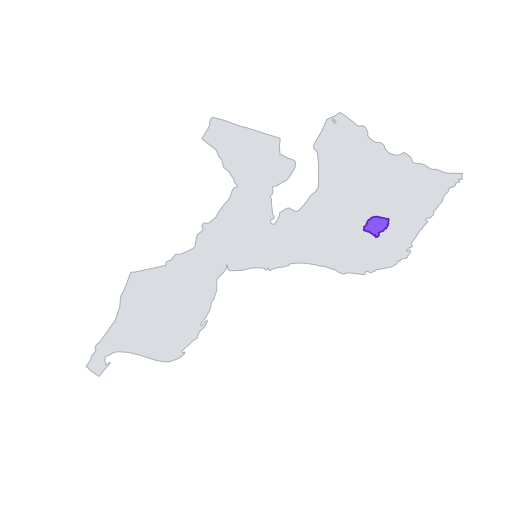 Mecuburi, Nampula, Mozambique (highlighted), rotated 38°
{"feature_id": "85939544B36345946298130", "entity_name": "Mecuburi", "entity_type": "district", "adm_level": 2, "iso_a3": "MOZ", "parent_name": "Mozambique", "parent_adm1": "Nampula", "projection": "orthographic", "projection_center": [38.95, -14.45], "detail": "fine", "context": "in_parent", "style": "filled", "palette": "violet", "viewbox_px": 512, "rotation_deg": 38, "n_neighbors": 0, "source": "geoboundaries", "source_scale": "gbopen_adm2", "svg_char_len": 7514}
<svg xmlns="http://www.w3.org/2000/svg" viewBox="0 0 512 512"><g transform="rotate(38 256 256)"><path d="M167.2,346.0L170.2,343.5L189.5,320.4L190.7,319.5L188.9,315.8L191.4,311.4L191.5,304.6L192.2,303.5L195.3,301.2L199.3,294.1L201.8,288.6L202.0,286.0L197.9,278.7L196.6,274.8L197.7,271.3L198.0,268.1L197.4,267.0L194.9,265.8L194.5,264.4L194.4,262.7L194.9,261.7L197.8,260.1L198.4,259.3L200.5,250.6L199.5,244.1L199.2,236.7L199.6,229.0L199.2,224.6L197.1,219.7L196.8,216.1L198.1,213.5L198.3,212.0L193.7,211.3L191.3,209.3L182.4,206.3L175.6,206.0L169.8,201.2L165.3,200.5L159.5,197.0L141.7,197.0L141.0,196.6L139.9,185.6L139.1,181.9L136.7,178.1L136.0,175.4L136.1,173.6L145.9,169.2L165.1,162.9L169.3,160.8L202.3,148.6L203.3,149.2L206.7,154.9L212.5,161.4L213.8,160.4L221.8,159.2L222.9,158.3L225.3,157.7L228.1,157.3L229.1,157.6L232.1,161.6L233.3,169.2L233.5,174.4L233.3,178.0L231.0,182.3L229.4,187.7L226.9,190.6L227.0,192.0L229.9,195.1L230.6,196.5L230.4,199.2L230.9,200.4L233.5,202.0L235.4,204.6L242.8,212.2L244.7,213.5L246.1,213.8L246.9,215.3L246.5,217.1L245.4,218.1L245.9,219.6L247.3,220.7L250.6,220.4L250.9,219.9L250.6,213.2L249.4,209.2L248.0,207.4L250.6,200.0L252.1,198.0L257.5,197.1L259.9,196.3L261.0,195.4L261.7,193.1L262.3,186.5L262.4,180.4L261.8,176.8L262.5,171.4L263.7,168.0L263.1,167.4L262.6,162.8L248.7,144.9L240.8,136.9L239.5,136.1L235.2,135.5L232.9,132.6L230.8,116.3L227.7,104.6L232.1,96.8L233.5,91.7L234.4,91.0L238.3,90.6L251.8,90.6L255.2,91.0L256.7,90.5L260.2,87.4L263.1,87.4L267.1,89.3L269.2,90.9L269.6,92.4L272.2,93.2L277.1,93.4L280.7,92.6L282.9,90.8L285.2,89.9L287.7,89.8L289.5,90.3L290.8,91.6L293.2,92.5L296.7,93.0L300.6,92.2L304.8,90.0L307.2,87.6L308.5,83.8L309.3,83.2L315.2,82.8L318.4,83.6L322.4,86.0L329.4,81.6L333.8,80.2L338.1,80.2L341.5,79.2L344.2,77.1L347.1,75.8L353.0,74.3L356.9,72.1L367.9,63.8L369.1,66.3L371.3,68.5L368.4,70.9L370.9,72.4L369.1,74.7L368.8,76.4L369.7,77.9L368.5,80.6L366.8,82.6L366.4,84.2L367.8,86.9L367.1,91.8L369.3,99.9L368.6,102.6L369.0,109.0L368.2,111.4L369.6,112.2L370.3,114.7L369.7,119.2L367.2,121.0L367.0,122.9L370.0,122.9L370.0,128.5L369.6,130.2L370.3,132.1L369.4,134.1L370.4,143.1L370.4,149.6L370.6,150.7L373.1,151.8L373.1,153.6L371.4,155.9L371.5,159.4L373.3,156.7L374.4,156.7L375.4,157.8L375.4,161.7L376.0,163.7L375.7,165.4L372.7,168.6L372.5,171.8L371.3,172.2L370.8,172.9L371.5,174.8L371.5,176.4L369.4,181.3L359.1,193.1L358.9,195.2L356.3,198.9L353.5,199.5L351.9,200.5L353.1,203.8L339.5,212.1L338.2,213.3L336.0,216.4L331.5,218.0L326.7,218.2L325.9,218.8L314.9,222.7L312.8,224.6L308.1,226.3L300.8,230.5L294.9,234.5L288.1,240.5L287.3,243.7L284.1,247.9L279.4,252.9L276.6,257.0L276.4,258.8L274.7,259.3L273.3,257.6L272.7,261.0L271.6,261.2L270.3,260.5L264.3,264.2L259.9,268.2L253.7,276.0L244.7,283.6L242.6,283.8L239.6,281.3L238.1,281.1L240.5,283.9L240.5,290.2L239.5,297.5L239.7,299.1L246.0,306.8L249.2,315.8L249.5,320.5L252.7,326.4L254.3,335.3L254.2,343.7L255.7,345.0L256.2,343.8L256.3,338.6L257.1,337.1L257.9,337.3L258.7,340.2L259.1,343.2L258.1,349.7L258.5,352.3L260.1,356.8L258.5,361.9L256.2,376.2L256.8,377.1L258.2,377.4L258.6,375.8L259.4,375.8L259.9,376.7L258.9,382.3L257.8,384.8L254.1,390.8L252.0,393.4L248.6,396.0L240.6,400.1L224.4,406.1L214.3,410.8L206.3,416.3L203.0,420.0L201.7,424.1L199.1,428.3L201.7,431.8L204.8,434.3L206.0,430.1L206.9,430.0L206.3,447.6L195.2,448.2L192.0,447.6L190.2,447.8L189.6,440.5L188.0,435.0L188.3,431.1L188.0,429.0L185.6,427.7L184.8,423.5L186.0,420.2L184.6,393.2L180.0,380.1L174.1,370.8L173.5,366.1L170.6,355.7L167.2,346.0ZM235.2,103.4L236.6,102.7L236.8,101.3L235.9,100.7L235.1,100.8L234.7,103.0L235.2,103.4ZM234.2,101.0L233.0,100.0L232.2,100.3L231.9,101.1L232.8,102.2L233.7,102.2L234.2,101.0Z" fill="#d9dde1" stroke="#a8b0b8" stroke-width="1"/><path d="M338.5,145.8L338.4,145.7L338.1,145.4L337.8,145.3L337.7,145.2L337.4,145.1L337.2,145.4L336.9,145.4L336.7,145.5L336.4,145.7L336.1,145.9L336.1,146.2L336.0,146.4L335.6,146.6L335.1,146.9L335.0,147.0L334.9,147.0L334.7,147.0L334.4,147.0L334.3,146.9L334.2,146.9L334.1,147.0L333.7,147.1L333.4,147.3L333.2,147.5L332.9,147.7L332.6,147.8L332.2,148.0L331.9,148.2L331.6,148.2L331.4,148.3L331.2,148.4L331.0,148.6L330.8,148.9L330.6,149.0L330.4,149.2L330.2,149.2L330.1,149.3L329.8,149.4L329.7,149.4L329.4,149.1L328.9,149.4L328.7,149.6L328.0,149.9L327.9,150.0L327.7,150.3L327.3,150.2L327.2,150.2L327.0,150.3L327.0,150.5L326.9,150.7L326.7,150.9L326.6,151.0L326.4,151.0L326.1,151.2L325.9,151.4L325.8,151.7L325.5,151.8L325.4,152.0L325.2,152.1L325.0,152.3L324.8,152.4L324.8,152.5L324.9,152.8L324.7,153.0L324.7,153.3L324.4,153.5L324.1,153.8L323.8,153.8L323.7,154.0L323.6,154.3L323.3,154.8L323.2,155.3L323.2,155.7L323.3,155.8L323.3,156.0L323.2,156.1L323.2,156.5L323.3,156.7L323.4,156.9L323.4,157.0L323.2,157.4L323.0,157.6L322.7,157.7L322.6,157.8L322.5,158.0L322.6,158.3L322.7,158.5L322.5,158.8L322.7,159.0L322.5,159.3L322.5,159.6L322.4,160.0L322.4,160.3L322.5,160.5L322.6,160.8L322.8,161.0L323.1,161.3L323.2,161.5L323.3,161.8L323.2,161.9L323.3,162.0L323.4,162.3L323.2,162.4L323.2,162.6L323.2,162.8L323.3,162.9L323.3,163.0L323.5,163.0L323.7,163.3L323.8,163.5L323.8,163.9L324.0,164.0L323.9,164.3L323.9,164.6L323.8,164.9L323.6,165.1L323.5,165.3L323.5,165.5L323.3,165.7L323.3,165.9L323.0,166.2L323.0,166.3L322.9,166.4L322.9,166.5L323.0,166.6L323.3,166.6L323.5,166.9L323.9,167.1L324.0,167.1L324.3,167.2L324.5,167.3L324.6,167.5L324.6,167.9L324.6,168.0L324.4,168.3L324.4,168.5L324.6,169.0L324.9,169.0L325.1,169.3L325.2,169.2L325.4,169.2L325.5,169.2L325.8,169.2L326.2,169.1L326.3,169.0L326.4,168.9L326.5,168.9L326.8,169.0L326.9,168.9L327.0,168.9L327.5,168.5L327.9,168.1L328.2,168.0L328.3,168.0L328.5,168.0L328.8,168.2L329.0,168.1L329.3,167.9L329.5,168.0L329.6,167.9L329.9,167.3L329.9,167.2L330.0,167.2L330.3,167.3L330.3,167.2L330.5,167.2L331.0,167.1L331.2,167.3L331.3,167.3L331.7,167.2L331.9,167.2L332.0,167.1L332.3,167.2L332.4,167.3L332.5,167.4L332.8,167.2L333.0,167.1L333.3,167.2L333.5,167.2L333.9,167.0L334.1,166.9L334.3,166.9L334.5,167.0L334.8,167.1L335.0,167.2L335.6,167.2L335.8,167.1L336.1,166.5L336.3,166.5L336.5,166.5L336.8,166.6L337.0,166.7L337.1,166.8L337.3,166.8L337.5,166.8L337.5,166.7L337.7,167.0L337.9,167.2L338.0,167.4L338.1,167.5L338.5,167.5L338.9,167.4L339.2,167.2L339.3,166.7L339.5,166.5L339.7,166.4L339.8,166.5L339.9,166.4L339.7,166.1L339.7,165.9L339.7,165.7L339.8,165.5L340.3,165.1L340.4,164.9L340.4,164.6L340.3,164.4L340.2,164.3L340.1,164.2L340.0,163.9L340.0,163.5L339.9,163.4L339.3,163.2L339.2,163.1L339.1,162.8L338.6,162.6L338.3,162.5L338.3,161.9L338.5,161.7L338.8,161.4L339.0,161.3L339.0,161.1L339.0,160.9L339.1,160.7L339.4,160.4L339.5,160.3L339.5,159.8L339.5,159.6L339.9,159.3L340.0,159.2L340.4,158.6L340.7,158.2L340.8,158.1L340.9,157.8L340.9,157.5L341.0,157.4L340.9,157.2L340.8,156.9L340.7,156.4L340.7,156.1L340.6,155.9L340.6,155.7L340.5,155.4L340.4,155.4L340.5,155.4L340.6,155.2L340.8,155.2L341.0,155.0L341.0,154.9L341.2,154.7L341.3,154.7L341.5,154.5L341.5,154.4L341.8,154.3L341.8,154.1L341.7,153.9L341.6,154.0L341.4,154.1L341.2,154.0L341.0,153.8L341.0,153.7L341.2,153.4L341.4,152.9L341.4,152.7L341.4,152.4L341.4,152.2L341.4,151.9L341.2,151.5L341.3,151.4L341.2,151.2L341.2,150.9L341.2,150.7L341.0,150.4L340.8,150.3L340.8,150.2L340.7,150.2L340.8,150.1L340.7,150.0L340.7,149.9L340.5,149.7L340.6,149.2L340.6,148.9L340.5,148.7L340.4,148.6L340.2,148.6L339.8,148.5L339.6,148.3L339.5,148.2L339.4,148.1L339.3,147.7L339.2,147.7L339.0,147.3L338.8,147.2L338.7,147.0L338.7,146.9L338.7,146.7L338.8,146.6L338.8,146.4L338.7,146.2L338.5,145.9L338.5,145.8Z" fill="#8b5cf6" stroke="#5b21b6" stroke-width="1.5"/></g></svg>